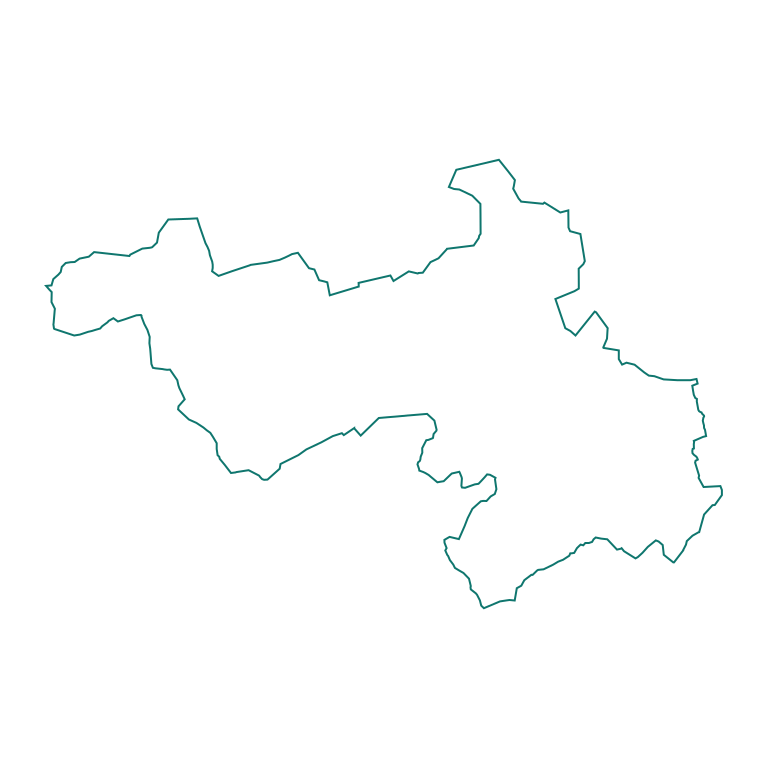 Katagum, Bauchi, Nigeria (orthographic projection)
{"feature_id": "59680162B44758551949173", "entity_name": "Katagum", "entity_type": "district", "adm_level": 2, "iso_a3": "NGA", "parent_name": "Nigeria", "parent_adm1": "Bauchi", "projection": "orthographic", "projection_center": [10.335, 11.656], "detail": "fine", "context": "isolated", "style": "outline", "palette": "teal", "viewbox_px": 768, "rotation_deg": 0, "n_neighbors": 0, "source": "geoboundaries", "source_scale": "gbopen_adm2", "svg_char_len": 4852}
<svg xmlns="http://www.w3.org/2000/svg" viewBox="0 0 768 768"><path d="M654.4,376.2L648.8,375.6L644.2,372.4L634.6,364.7L626.5,362.7L622.1,364.6L618.8,359.1L618.8,350.4L603.5,347.9L603.3,347.4L607.0,338.7L607.6,328.6L607.7,328.2L596.1,312.3L594.7,311.6L575.5,335.5L570.4,331.0L565.3,328.2L555.4,299.0L574.4,291.2L578.8,288.6L578.8,284.5L578.7,268.7L583.3,264.2L584.8,261.1L580.4,234.0L570.1,231.2L568.5,227.6L568.3,210.4L560.3,212.5L544.4,202.6L543.0,203.8L521.1,201.6L520.9,201.2L518.6,198.5L513.2,188.7L513.8,186.3L514.9,180.1L507.8,170.9L498.9,159.8L456.3,169.8L448.9,187.0L454.1,189.0L459.3,189.5L472.3,195.7L480.4,203.9L480.5,214.6L480.6,233.8L479.2,235.8L478.7,238.2L473.7,245.5L447.0,248.8L446.9,249.1L438.5,258.3L435.0,260.0L430.5,262.1L427.9,265.7L422.8,272.7L418.5,273.0L417.8,273.5L408.8,271.4L393.5,281.0L391.2,276.9L390.4,275.5L358.6,282.9L358.7,284.6L358.7,286.6L357.9,286.8L329.8,295.3L327.5,283.3L327.3,282.3L324.1,281.4L319.1,280.2L318.3,278.4L314.4,269.5L309.0,268.2L297.9,252.8L292.0,254.1L288.9,255.7L284.9,257.6L279.5,259.9L273.3,261.2L267.3,262.6L250.5,264.9L249.8,265.3L232.0,271.2L218.6,275.9L212.1,271.3L212.7,268.0L212.7,264.7L212.2,261.6L211.0,258.3L209.9,255.2L209.1,250.8L207.5,247.0L205.5,243.2L199.7,226.5L197.2,218.4L196.6,218.4L189.1,218.8L168.3,219.5L159.0,232.4L158.8,232.7L157.0,242.6L152.2,247.2L151.3,247.5L149.7,247.8L142.3,248.6L130.3,254.6L129.4,256.0L94.1,252.1L88.8,256.7L79.6,258.6L74.7,262.0L70.5,262.2L65.7,263.0L61.8,266.9L60.7,272.0L58.4,274.6L53.3,279.1L51.5,285.4L46.1,285.9L49.5,289.8L51.7,292.1L51.5,302.1L54.9,308.8L54.7,310.3L53.6,323.2L53.4,324.4L54.0,328.6L54.5,329.0L74.2,335.5L79.8,334.6L88.2,331.8L91.8,331.0L93.4,330.5L96.0,329.7L100.2,328.5L102.0,326.4L102.2,326.2L107.5,322.3L108.7,320.9L113.4,318.2L117.9,321.5L124.8,319.3L129.4,317.7L136.4,315.3L140.9,315.0L141.5,315.6L141.5,316.7L144.3,324.0L147.4,329.9L149.7,336.9L149.4,343.2L150.2,348.8L150.6,353.8L151.4,364.0L152.9,367.8L155.4,368.3L159.1,368.7L162.7,369.1L164.1,369.4L167.1,369.8L170.0,369.6L177.3,380.2L178.4,385.3L179.4,388.2L183.1,395.8L184.7,399.3L178.5,406.3L178.1,409.4L188.9,419.5L196.4,422.9L203.4,427.5L206.9,430.4L210.3,432.8L212.9,436.8L216.7,443.2L216.7,449.0L217.6,455.2L219.2,456.7L219.8,458.9L224.6,464.7L231.0,473.0L235.7,472.4L236.3,472.1L248.6,470.2L258.5,475.3L259.2,475.7L260.1,477.0L262.1,479.1L264.1,479.8L267.5,479.6L279.7,468.7L280.5,464.0L298.4,455.1L306.4,449.4L321.4,442.3L332.8,436.1L341.9,433.2L343.8,435.1L354.2,428.1L354.2,428.3L360.7,435.6L378.8,418.0L388.0,417.2L395.5,416.6L402.2,416.0L403.8,415.9L405.7,415.7L407.6,415.5L410.2,415.3L427.1,413.9L434.4,420.6L436.6,429.8L436.4,430.7L433.6,434.0L433.0,437.9L432.7,438.2L428.4,439.9L426.3,440.2L422.5,447.6L422.2,448.1L422.3,452.7L420.7,456.7L420.3,459.7L419.7,461.1L418.1,462.3L417.5,464.4L419.1,469.1L419.3,470.6L423.2,472.0L425.3,473.0L428.7,475.0L430.3,476.4L433.8,479.3L435.2,480.5L437.4,482.3L440.0,481.8L443.7,481.2L451.0,474.2L451.8,473.5L459.3,471.8L459.9,473.0L461.6,477.2L461.9,478.6L461.4,485.8L461.8,487.1L462.0,487.5L465.1,487.8L474.7,484.4L478.5,483.8L481.2,481.0L484.7,477.2L487.1,474.4L489.4,474.7L490.0,474.8L495.5,477.8L495.0,479.4L496.4,489.2L494.8,494.0L490.7,496.4L486.5,501.0L483.2,500.9L480.8,501.3L472.4,508.8L467.7,518.1L464.6,526.1L458.9,539.1L449.6,536.9L447.8,537.9L444.4,539.9L444.5,542.7L446.6,548.1L445.3,550.5L447.3,555.0L448.1,555.9L449.9,560.1L453.3,564.6L454.9,567.9L459.0,570.4L463.5,573.0L469.0,578.7L470.8,586.1L470.5,587.1L470.8,589.4L475.9,593.4L477.1,594.9L479.9,600.4L481.2,605.5L481.3,605.7L483.9,608.2L500.0,601.4L506.6,600.4L509.5,600.0L514.7,600.5L516.8,588.2L521.3,585.7L524.3,580.2L531.4,574.8L532.6,574.9L537.1,570.5L538.1,569.9L543.6,569.3L553.1,564.7L558.1,561.7L560.1,560.9L563.0,559.8L569.3,555.7L570.3,553.3L571.8,553.3L574.2,552.9L576.9,548.2L578.6,546.5L580.6,544.6L583.3,545.3L585.3,543.0L588.9,543.0L592.1,541.9L593.6,539.3L595.7,537.5L601.1,538.6L607.3,539.3L617.0,549.6L620.9,548.7L621.6,548.2L624.0,551.2L635.5,558.4L637.8,557.1L642.5,552.8L647.8,546.9L655.8,540.4L658.6,541.5L662.7,545.0L663.8,554.8L673.3,562.4L674.0,562.4L683.2,550.4L683.1,550.2L686.0,544.6L686.8,541.1L692.5,535.7L698.8,532.1L699.2,532.1L704.1,514.5L712.5,505.2L714.8,505.0L721.9,495.1L721.9,490.7L721.9,490.0L720.4,486.1L703.6,487.0L698.6,477.9L699.1,475.6L695.1,462.6L695.6,460.7L697.8,459.6L697.3,458.2L696.4,456.7L693.9,454.8L692.5,453.2L692.3,450.9L692.7,448.9L693.9,448.5L693.8,444.1L694.1,441.9L693.8,440.9L703.0,436.9L706.1,436.1L705.0,429.8L704.1,428.0L704.0,426.9L704.0,425.5L703.4,423.4L702.8,420.7L703.0,419.7L703.4,417.6L704.1,416.5L704.0,415.6L702.1,413.7L701.5,412.4L700.5,412.1L699.1,411.2L698.3,409.8L696.8,401.5L696.9,398.9L695.3,398.0L693.8,394.8L693.0,390.3L692.3,385.7L697.6,383.6L696.5,379.0L690.3,380.2L677.4,380.2L663.6,379.4L654.4,376.2Z" fill="none" stroke="#0f766e" stroke-width="2"/></svg>